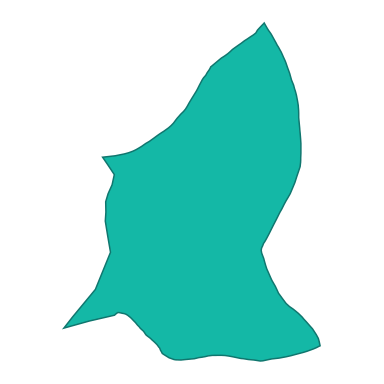 the district of Phalanxay, Savannakhét, Laos
{"feature_id": "54806243B24177068581900", "entity_name": "Phalanxay", "entity_type": "district", "adm_level": 2, "iso_a3": "LAO", "parent_name": "Laos", "parent_adm1": "Savannakhét", "projection": "mercator", "projection_center": [105.619, 16.736], "detail": "fine", "context": "isolated", "style": "filled", "palette": "teal", "viewbox_px": 384, "rotation_deg": 0, "n_neighbors": 0, "source": "geoboundaries", "source_scale": "gbopen_adm2", "svg_char_len": 2996}
<svg xmlns="http://www.w3.org/2000/svg" viewBox="0 0 384 384"><path d="M63.9,328.1L89.4,321.0L114.5,315.2L115.6,314.2L116.8,313.2L118.0,312.5L119.8,312.7L122.4,313.3L124.2,313.6L125.7,314.1L127.6,315.2L129.1,316.4L130.6,317.6L131.9,318.9L133.4,320.5L135.5,322.6L136.6,324.0L137.5,325.1L139.1,326.7L140.4,328.4L142.5,330.3L143.4,331.1L144.5,332.6L145.3,333.9L146.2,335.1L148.0,336.5L149.1,337.3L150.5,338.4L151.9,339.8L153.4,341.1L155.0,342.6L156.9,344.5L157.6,345.4L158.8,347.1L159.6,347.9L160.0,348.9L160.4,349.9L160.7,350.6L161.3,351.5L162.3,353.5L162.8,353.8L163.5,354.3L169.1,357.8L173.9,359.5L175.5,359.8L180.9,360.0L185.6,359.5L194.4,358.7L198.8,357.6L201.9,357.2L205.3,356.6L208.1,355.9L212.2,355.4L221.2,355.3L225.1,355.5L229.2,356.1L232.9,356.8L241.0,358.5L243.4,358.7L248.3,359.5L253.9,360.0L260.3,361.0L262.9,360.8L268.9,359.5L271.9,358.9L279.0,358.1L286.0,356.8L290.9,355.7L295.7,354.4L303.3,352.4L306.9,351.3L313.5,348.9L316.5,347.6L318.8,346.4L320.1,345.8L319.2,341.6L318.3,338.4L316.3,334.7L312.5,328.8L309.9,325.9L306.4,321.9L303.9,319.2L302.1,317.0L298.3,313.3L293.3,309.2L289.4,306.5L286.1,303.5L283.1,299.5L278.5,293.2L277.0,289.9L275.3,286.3L271.9,280.4L270.7,277.8L268.3,272.3L266.8,269.0L265.6,265.3L264.6,261.8L263.7,258.4L262.7,255.8L261.7,253.1L261.2,250.3L261.6,248.0L262.7,245.7L263.4,243.8L263.4,243.7L263.5,243.5L265.1,241.1L266.5,238.6L269.0,233.9L271.2,229.5L273.6,224.7L276.1,219.9L277.8,216.5L279.9,212.3L281.7,209.2L284.2,204.2L286.1,200.7L287.9,197.7L290.2,193.7L292.6,188.0L294.9,182.5L296.9,176.2L298.4,171.8L300.1,166.7L300.6,162.3L300.7,159.9L300.7,158.0L300.9,153.2L300.9,148.0L300.9,143.6L300.6,138.9L300.2,133.8L299.8,129.9L299.7,128.2L299.3,124.0L298.9,119.8L298.7,117.6L298.7,113.3L298.6,110.2L298.3,106.5L298.3,105.8L297.7,102.0L297.4,100.3L296.4,95.1L295.4,91.3L294.5,88.6L293.6,85.1L292.4,82.2L291.5,80.0L289.7,73.5L288.7,70.7L287.8,68.3L287.1,66.3L285.8,62.5L285.0,60.5L284.3,59.0L283.2,56.6L282.3,54.5L281.1,51.9L279.8,49.6L278.5,47.2L277.2,45.2L276.3,43.4L275.2,41.4L273.7,38.7L272.0,35.6L270.9,33.7L268.4,30.2L267.4,28.6L265.9,26.0L264.2,23.0L263.7,23.6L261.8,25.5L259.7,27.7L257.5,30.1L255.8,33.0L253.4,34.9L250.0,37.1L247.4,38.9L244.4,40.8L241.3,43.2L239.4,44.5L235.3,47.4L232.4,49.5L230.0,51.8L227.8,53.7L224.6,56.0L221.3,58.1L218.4,60.5L214.6,63.7L210.7,66.9L210.2,68.1L209.1,70.0L207.3,72.5L205.7,75.4L203.7,77.6L202.3,79.7L201.3,81.6L199.4,85.2L197.5,89.0L196.3,91.2L191.6,98.8L189.3,102.6L187.2,106.4L185.5,109.1L183.5,111.5L180.8,114.1L177.2,118.2L175.5,120.4L173.5,123.1L171.1,125.6L168.6,127.8L163.6,131.4L161.5,132.7L158.7,134.6L156.6,136.1L155.0,137.3L153.5,138.4L152.1,139.4L149.6,141.2L149.5,141.3L145.7,143.5L141.6,146.4L138.6,148.2L136.7,149.3L136.0,149.7L133.1,151.1L128.8,152.7L124.5,153.9L115.1,155.8L108.9,156.5L102.6,157.2L108.2,165.4L114.3,174.6L112.1,184.8L108.1,193.7L105.7,201.7L105.9,212.2L105.3,221.1L107.7,235.9L110.5,252.3L95.4,289.4L72.4,317.2L63.9,328.1Z" fill="#14b8a6" stroke="#0f766e" stroke-width="1.5"/></svg>